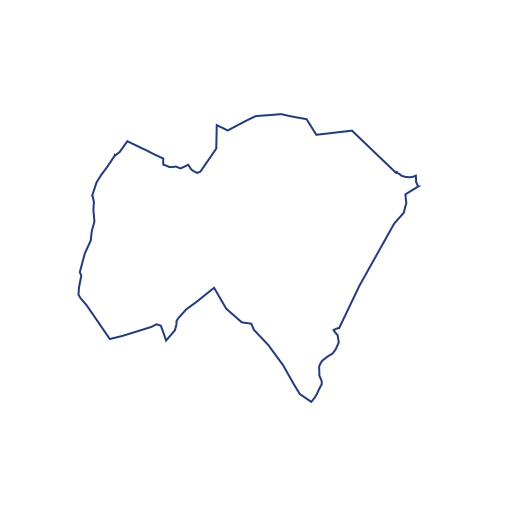 La Clery, Castries, Saint Lucia (Robinson projection), rotated 67°
{"feature_id": "8701671B59116812435541", "entity_name": "La Clery", "entity_type": "district", "adm_level": 2, "iso_a3": "LCA", "parent_name": "Saint Lucia", "parent_adm1": "Castries", "projection": "robinson", "projection_center": [-60.984, 14.019], "detail": "fine", "context": "isolated", "style": "outline", "palette": "blue", "viewbox_px": 512, "rotation_deg": 67, "n_neighbors": 0, "source": "geoboundaries", "source_scale": "gbopen_adm2", "svg_char_len": 1706}
<svg xmlns="http://www.w3.org/2000/svg" viewBox="0 0 512 512"><g transform="rotate(67 256 256)"><path d="M298.7,371.8L292.7,359.7L288.1,356.1L285.9,355.0L285.1,354.8L283.0,352.1L277.9,341.1L274.9,328.4L272.2,318.8L268.9,307.0L292.9,304.0L311.5,295.0L316.5,286.8L323.0,286.8L343.0,279.4L367.3,273.7L388.8,271.3L400.2,269.6L411.9,262.1L409.4,257.4L406.8,253.8L403.5,250.3L399.6,245.5L396.7,244.4L390.7,244.4L388.7,243.5L382.4,241.1L379.9,238.4L378.3,236.1L376.5,229.5L375.7,223.6L373.1,219.2L367.9,213.6L363.3,212.4L360.7,211.8L357.3,213.0L354.5,213.5L354.3,210.6L354.5,209.3L354.5,208.2L354.9,207.7L323.6,172.2L283.3,120.2L280.0,115.9L274.0,103.2L267.9,98.5L266.2,97.0L258.8,94.8L257.6,94.3L255.9,83.1L255.4,79.3L255.1,79.8L253.8,79.6L250.5,79.7L245.7,77.9L244.5,77.5L244.5,80.1L243.6,83.8L241.1,88.3L238.6,91.0L236.4,91.9L233.9,94.7L233.5,94.1L233.3,95.0L178.1,118.7L168.0,153.1L149.8,156.0L141.7,168.4L135.3,177.3L135.0,178.1L132.0,187.2L127.1,201.6L127.7,213.4L129.4,233.0L120.2,241.0L141.6,250.6L153.5,269.3L156.6,274.2L156.6,274.8L156.6,277.6L156.2,277.9L153.8,280.1L153.4,280.4L150.9,281.8L145.6,282.7L145.9,291.2L142.7,294.5L142.3,294.9L142.0,296.1L141.3,298.8L140.2,301.0L137.0,304.1L135.9,305.6L133.6,304.9L132.8,304.5L130.5,303.6L130.0,303.3L124.3,308.5L122.2,310.4L116.0,315.5L112.3,318.9L100.1,329.6L107.1,341.0L108.4,346.0L107.8,346.4L108.4,346.8L115.9,358.2L120.9,366.8L125.9,374.0L136.6,383.3L137.7,383.1L143.2,384.2L149.8,387.6L161.2,391.3L168.7,397.3L177.2,402.1L186.7,412.5L202.0,424.5L205.9,424.5L215.7,431.2L222.2,434.5L226.0,434.1L235.0,431.2L275.3,423.0L277.4,410.0L280.4,380.1L280.0,374.2L283.0,370.8L292.0,371.3L298.7,371.8Z" fill="none" stroke="#1e3a8a" stroke-width="2"/></g></svg>